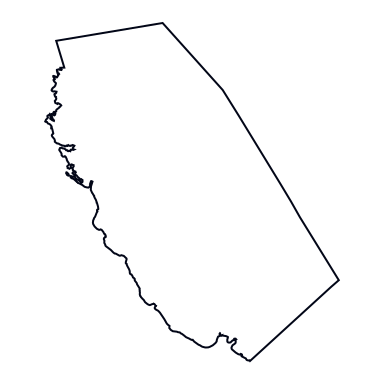 outline of West Kwaio, Malaita, Solomon Islands
{"feature_id": "97153195B63477576504683", "entity_name": "West Kwaio", "entity_type": "district", "adm_level": 2, "iso_a3": "SLB", "parent_name": "Solomon Islands", "parent_adm1": "Malaita", "projection": "albers", "projection_center": [160.814, -9.033], "detail": "fine", "context": "isolated", "style": "outline", "palette": "ink", "viewbox_px": 384, "rotation_deg": 0, "n_neighbors": 0, "source": "geoboundaries", "source_scale": "gbopen_adm2", "svg_char_len": 5712}
<svg xmlns="http://www.w3.org/2000/svg" viewBox="0 0 384 384"><path d="M60.4,67.8L60.7,69.0L61.6,69.6L61.4,70.0L59.3,69.7L58.9,69.3L58.5,69.6L57.5,69.6L56.9,69.8L56.9,70.8L57.2,71.8L57.6,72.0L57.4,72.7L57.8,72.8L57.9,73.1L58.8,73.4L59.1,74.0L58.0,74.7L58.2,75.5L57.9,75.7L57.1,77.3L56.6,77.4L55.9,76.8L55.4,76.8L55.1,76.4L53.7,75.9L53.2,76.1L53.3,76.9L53.8,77.3L54.1,78.4L54.7,78.7L54.9,79.2L54.8,79.4L54.2,79.5L53.5,80.0L53.6,80.4L54.3,81.6L55.9,83.1L55.9,83.7L55.2,85.8L54.8,86.1L54.5,86.7L52.8,87.9L52.5,88.5L52.3,88.6L52.3,88.9L51.8,89.4L51.6,90.4L52.1,91.0L53.2,91.5L54.4,91.3L56.5,91.7L56.2,92.9L55.4,93.7L54.6,93.9L54.4,94.3L54.8,95.9L55.2,96.5L55.9,96.8L55.7,97.3L56.3,98.2L56.1,99.4L54.8,101.0L55.3,102.9L57.4,103.9L57.7,103.2L58.2,103.2L60.0,104.2L60.8,104.8L61.2,105.5L60.7,105.8L60.2,106.7L59.4,107.1L59.1,107.7L56.7,109.5L56.2,110.2L56.2,111.3L54.6,111.9L53.9,111.9L53.6,112.2L53.4,112.6L53.6,112.8L55.4,113.4L55.1,114.8L54.2,115.4L53.4,114.9L52.8,114.1L51.6,114.0L51.7,115.3L51.7,116.1L52.3,117.4L52.2,118.5L53.3,119.4L53.6,120.2L54.0,120.4L53.9,120.9L52.2,120.2L51.1,119.3L50.4,118.9L50.2,118.4L50.6,117.3L50.3,115.9L49.6,114.3L49.3,114.7L49.4,115.0L48.8,115.0L47.5,115.7L47.4,116.7L47.9,117.3L47.7,118.0L45.9,119.8L45.8,120.4L45.2,121.4L45.5,121.8L47.0,122.0L47.8,123.4L49.6,124.1L50.7,125.1L51.6,126.4L51.8,127.7L51.6,127.9L51.2,127.8L51.2,128.4L52.0,128.5L52.3,129.2L53.3,133.5L53.0,133.9L52.7,134.0L52.2,134.5L51.8,135.2L51.9,135.8L52.3,136.6L54.4,139.1L54.9,140.6L54.8,141.7L55.3,142.2L57.2,143.5L57.6,143.4L58.7,143.7L60.1,144.6L62.0,145.3L62.2,145.7L64.0,145.7L65.2,146.4L65.7,146.3L66.3,145.6L66.9,145.5L67.0,145.9L67.5,146.0L68.3,145.1L69.3,145.8L70.6,145.9L70.9,145.8L71.2,145.4L71.8,145.5L72.7,145.0L74.4,145.7L74.1,146.3L73.0,147.5L72.7,148.3L73.2,149.1L74.2,149.5L73.3,149.9L72.5,149.6L71.6,149.9L70.8,149.7L70.6,149.9L70.3,151.2L69.5,150.9L68.1,151.2L67.6,150.9L67.4,150.3L66.1,150.2L65.7,149.5L63.8,148.4L63.1,148.5L61.7,147.9L60.5,147.9L59.9,148.1L59.7,149.1L59.3,149.4L59.3,150.1L61.1,152.8L61.6,153.9L61.6,155.3L62.8,156.6L64.3,156.7L64.9,156.2L65.6,156.7L66.8,159.2L66.8,159.9L67.4,160.9L67.5,161.5L67.9,161.8L68.7,163.0L69.0,164.2L68.8,164.9L67.4,166.0L67.2,166.4L67.7,167.6L67.6,168.0L67.9,168.2L68.5,168.1L69.3,168.8L70.7,167.9L71.1,167.2L70.7,166.6L70.8,164.9L71.2,164.4L71.8,164.4L72.1,164.9L73.6,165.1L73.7,166.3L72.9,167.5L72.0,167.7L71.8,168.0L72.4,168.3L72.9,169.2L72.7,169.8L72.9,170.2L74.8,171.5L75.4,171.5L75.7,172.3L75.1,172.4L74.5,171.8L73.4,171.8L72.5,172.9L72.5,173.3L73.0,173.6L74.3,175.0L74.5,175.0L75.0,174.1L75.3,174.2L75.7,175.2L76.5,175.3L78.0,177.2L79.5,178.4L80.0,179.1L81.3,179.1L81.7,179.8L82.4,179.9L82.6,181.1L82.3,182.3L81.8,182.5L81.0,182.3L80.1,181.1L79.6,181.0L79.2,180.5L76.3,178.9L75.1,177.5L74.9,176.7L73.0,176.7L70.9,176.0L70.6,176.6L70.7,177.5L72.2,178.5L73.2,178.7L74.3,179.5L75.7,180.8L76.0,180.7L76.1,181.2L76.7,181.6L76.9,182.0L77.4,182.1L78.0,183.0L78.9,183.2L82.3,185.0L84.6,186.8L86.8,187.4L88.4,187.6L89.5,186.8L90.1,185.4L90.3,184.4L90.0,184.1L91.0,181.2L91.5,181.1L92.5,181.6L91.0,186.4L90.8,189.9L92.2,193.0L92.7,193.5L93.2,194.6L94.1,195.7L94.0,196.0L94.7,197.8L95.8,199.7L96.7,202.2L96.6,202.7L97.0,203.0L98.0,206.5L98.3,208.8L98.2,209.3L97.2,209.7L97.0,210.9L97.4,211.6L96.8,212.4L95.1,216.7L93.9,218.4L93.8,219.2L93.2,220.3L92.9,222.7L93.2,224.1L94.6,226.5L96.9,228.8L98.9,229.8L99.9,229.8L100.6,229.4L101.6,229.8L103.3,231.9L104.2,233.8L104.8,234.0L104.9,234.5L105.3,234.7L105.7,235.7L105.8,236.7L105.2,236.8L105.1,237.4L104.2,237.9L103.9,238.4L103.9,239.5L104.4,240.6L104.3,242.9L105.2,244.5L105.4,245.6L106.0,246.3L110.9,250.0L113.2,252.4L114.6,253.5L115.7,253.6L119.5,255.7L120.2,255.7L121.3,255.2L123.8,255.9L126.5,258.5L126.6,259.3L125.8,262.1L125.8,263.2L126.7,264.0L126.6,264.3L127.4,266.2L129.1,269.3L129.7,271.0L129.8,272.9L130.0,273.7L130.7,274.3L131.4,274.4L132.4,275.9L133.0,277.5L133.9,278.0L134.7,278.9L134.8,279.1L134.6,279.7L134.9,280.7L136.7,283.0L137.1,284.4L139.7,288.5L139.5,289.2L139.8,290.3L139.6,290.9L139.9,292.1L139.8,294.5L140.2,296.0L140.7,296.3L140.9,297.0L142.7,299.0L143.7,299.9L145.1,302.2L147.6,304.2L148.8,304.8L149.9,305.1L152.3,304.1L153.5,303.9L153.6,303.7L154.3,304.0L154.8,304.5L155.6,305.8L156.0,305.9L155.9,306.2L155.3,306.5L154.9,307.2L154.7,308.0L154.9,308.6L155.8,309.5L158.2,310.8L159.9,312.6L164.4,319.3L166.8,323.6L168.1,324.9L169.5,325.9L169.3,328.0L170.8,329.9L172.8,331.2L176.9,331.7L178.0,332.2L179.8,332.4L180.8,333.4L181.8,333.8L183.7,335.2L186.1,337.2L189.4,338.7L190.5,339.4L192.1,340.0L192.7,339.8L194.2,341.6L198.5,344.7L200.4,345.5L200.7,345.8L202.2,346.7L205.3,347.5L208.1,347.4L209.7,346.9L212.8,345.3L215.5,343.0L216.6,341.5L216.9,339.6L218.0,336.8L218.3,336.5L220.0,335.9L219.6,334.3L219.6,333.7L220.0,333.2L220.1,333.3L220.2,334.5L221.0,335.4L221.4,335.3L221.1,335.7L221.3,335.8L222.3,335.5L226.0,336.1L227.8,336.9L227.9,337.6L227.3,339.4L227.3,341.3L227.6,342.0L228.3,342.5L229.4,342.6L230.5,342.4L232.6,340.4L234.1,340.0L234.3,339.7L234.1,338.9L234.3,338.7L235.6,338.7L236.2,339.4L235.6,339.7L235.4,340.1L235.7,341.4L235.6,342.8L234.7,343.8L232.9,345.0L232.4,345.5L231.5,347.5L231.6,348.7L232.0,349.4L235.6,352.5L238.3,354.2L239.9,354.6L240.2,354.5L240.8,353.9L241.7,354.3L242.0,354.7L242.1,355.2L241.6,355.1L241.4,355.9L241.8,356.4L245.9,358.5L246.4,359.6L247.0,360.1L248.4,360.5L249.5,360.3L250.0,361.0L331.1,286.9L338.8,280.2L299.9,217.2L291.0,201.5L280.3,183.7L238.7,115.6L222.7,90.0L162.6,23.0L56.2,40.8L64.3,67.6L60.4,67.8ZM69.0,175.4L68.7,174.7L68.3,175.2L68.1,175.1L68.6,174.5L68.4,173.9L67.5,173.2L67.3,172.7L66.5,172.3L66.3,172.4L66.2,173.5L66.8,174.2L67.1,175.0L68.3,175.7L68.8,175.7L69.0,175.4Z" fill="none" stroke="#020617" stroke-width="2"/></svg>